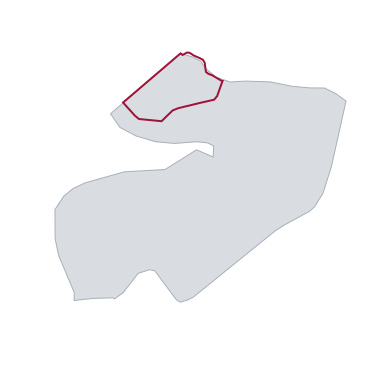 location of Ali Sabieh within Djibouti, rotated 197°
{"feature_id": "DJI-1566", "entity_name": "Ali Sabieh", "entity_type": "Region", "adm_level": 1, "iso_a3": "DJI", "parent_name": "Djibouti", "parent_adm1": "", "projection": "mercator", "projection_center": [42.821, 11.228], "detail": "fine", "context": "in_parent", "style": "outline", "palette": "rose", "viewbox_px": 384, "rotation_deg": 197, "n_neighbors": 0, "source": "natural_earth", "source_scale": "10m", "svg_char_len": 1191}
<svg xmlns="http://www.w3.org/2000/svg" viewBox="0 0 384 384"><g transform="rotate(197 192 192)"><path d="M292.8,243.0L279.6,263.9L262.6,290.7L243.4,321.1L231.3,321.3L222.0,319.6L215.6,314.4L202.4,308.8L187.5,308.4L173.3,313.7L149.3,320.2L127.6,322.3L110.1,325.9L95.6,330.2L82.6,327.9L71.3,324.0L68.8,291.7L66.1,256.6L66.4,229.1L70.4,213.9L73.9,208.0L94.4,187.1L101.5,178.5L125.0,143.8L145.0,114.1L160.1,91.8L164.7,87.4L171.0,83.2L175.5,84.4L204.7,105.9L209.8,105.3L219.6,98.6L228.4,75.6L234.7,67.3L237.3,67.5L256.0,61.1L273.0,53.8L275.2,61.4L300.9,92.2L309.3,107.4L317.9,135.1L313.4,150.5L306.7,160.6L296.8,169.6L262.5,191.6L224.4,205.6L200.1,233.6L182.0,231.7L184.7,242.3L191.5,243.5L202.0,241.5L223.0,233.3L241.6,229.4L261.7,229.2L279.9,232.7L292.8,243.0Z" fill="#d9dde1" stroke="#a8b0b8" stroke-width="1"/><path d="M284.1,257.4L243.5,321.2L241.1,320.3L239.6,321.7L238.0,323.6L235.8,324.4L233.8,324.1L230.0,323.0L223.7,322.3L220.2,321.6L217.7,319.4L213.8,310.9L210.9,309.8L207.2,309.6L196.3,307.0L195.2,307.1L195.3,306.7L196.0,291.0L197.9,286.7L210.3,279.6L229.7,268.1L234.4,264.3L241.8,250.8L264.1,246.3L268.9,248.3L284.1,257.4Z" fill="none" stroke="#9f1239" stroke-width="2"/></g></svg>